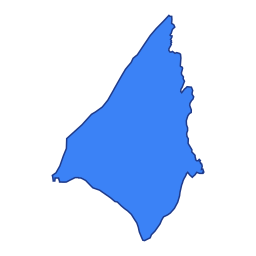 outline of Zorzor, Lofa, Liberia
{"feature_id": "62588387B39118473724395", "entity_name": "Zorzor", "entity_type": "district", "adm_level": 2, "iso_a3": "LBR", "parent_name": "Liberia", "parent_adm1": "Lofa", "projection": "equal_earth", "projection_center": [-9.601, 7.921], "detail": "fine", "context": "isolated", "style": "filled", "palette": "blue", "viewbox_px": 256, "rotation_deg": 0, "n_neighbors": 0, "source": "geoboundaries", "source_scale": "gbopen_adm2", "svg_char_len": 3149}
<svg xmlns="http://www.w3.org/2000/svg" viewBox="0 0 256 256"><path d="M142.8,240.2L144.6,240.6L147.5,239.1L150.2,237.8L151.4,234.7L152.7,233.4L154.9,231.2L158.4,226.2L160.0,223.9L160.8,222.0L161.6,220.1L163.0,217.7L163.5,217.0L163.6,216.8L167.6,214.9L170.3,213.0L170.5,212.8L171.8,211.3L173.2,209.8L174.1,208.7L174.4,208.4L177.7,202.2L178.8,198.5L179.6,195.7L179.7,194.6L180.0,192.2L180.9,188.3L181.0,187.8L181.7,184.8L181.9,184.2L182.1,183.9L182.5,182.7L183.0,180.9L183.6,179.5L184.3,178.1L185.0,177.0L185.9,175.3L186.2,174.5L186.2,174.2L186.3,174.2L187.0,173.1L187.7,172.3L189.6,174.8L192.3,177.3L193.4,176.2L195.0,174.8L196.8,172.3L197.9,172.8L199.7,173.4L202.9,173.4L203.4,172.9L203.7,172.3L202.9,172.2L203.5,171.1L202.8,169.1L201.5,169.5L202.2,166.3L201.7,164.0L200.6,163.5L200.7,162.7L199.5,161.3L200.3,160.5L199.2,159.4L198.3,160.5L197.0,160.9L195.6,159.7L195.6,158.4L195.1,157.1L195.1,155.7L194.6,154.7L194.4,154.6L193.1,153.2L191.8,151.9L191.9,149.7L188.1,143.4L188.3,138.8L186.9,136.3L187.0,136.2L186.7,134.6L186.7,133.4L186.7,133.1L186.8,132.9L186.8,132.7L187.6,130.7L187.6,127.8L186.6,125.2L186.5,124.8L186.3,120.7L187.8,115.9L188.5,114.8L189.5,113.5L191.2,112.5L191.3,109.9L189.7,105.5L189.9,103.5L191.5,100.6L192.9,99.2L193.2,98.3L193.7,96.8L192.4,94.8L192.1,94.4L192.1,92.9L192.7,90.5L191.4,87.2L187.1,86.7L185.7,88.1L184.5,89.0L181.7,92.7L181.3,92.2L181.1,92.0L180.9,91.8L180.7,91.6L180.9,89.7L180.9,89.3L182.2,87.2L184.5,81.2L183.2,78.9L183.2,78.7L183.4,76.9L181.6,74.5L181.4,72.8L182.2,69.9L182.6,68.1L182.1,67.1L180.8,66.6L180.3,66.0L180.6,62.1L180.6,61.9L180.9,58.1L180.6,55.0L180.5,54.3L179.6,53.5L176.7,52.6L175.0,53.3L172.4,51.4L171.7,51.9L170.1,52.1L168.8,50.4L169.0,48.6L170.6,45.8L170.7,45.7L171.3,44.3L170.7,43.7L171.6,42.2L170.9,41.7L171.4,40.6L170.5,39.4L171.3,38.3L172.0,36.8L172.0,35.9L170.9,35.9L170.1,35.2L170.5,34.1L171.2,33.3L171.8,31.2L172.4,29.4L174.8,27.1L173.7,24.7L171.6,23.4L171.9,19.5L171.7,16.4L169.9,16.3L168.9,15.4L163.2,21.5L156.5,28.3L156.3,28.5L152.9,32.5L150.3,35.5L148.0,38.9L147.7,39.4L144.9,43.5L137.3,54.9L135.6,56.2L133.7,57.8L133.1,58.3L131.1,62.5L129.1,64.9L127.9,66.3L125.3,69.5L124.9,70.3L122.8,73.8L120.7,77.4L117.4,83.2L114.0,89.2L113.9,89.5L107.8,100.2L103.4,105.7L102.6,106.6L102.2,107.1L95.7,111.8L95.4,112.0L91.5,114.3L87.7,118.5L81.9,124.9L66.7,138.6L66.4,148.5L63.3,156.1L59.9,165.9L56.0,172.8L52.3,175.4L53.0,178.4L52.9,178.6L53.2,180.3L53.2,181.0L54.8,181.0L55.0,179.6L55.1,178.0L55.9,178.0L56.3,178.0L58.6,178.1L59.0,179.9L59.3,180.0L59.5,181.4L59.6,181.6L59.6,182.0L62.7,182.1L65.2,182.1L66.1,182.0L66.5,182.0L67.5,181.4L67.8,181.3L69.2,180.5L72.7,178.8L74.3,178.0L74.5,177.9L75.1,177.6L75.7,177.6L78.4,177.6L78.5,177.7L78.6,177.9L81.0,178.0L82.1,178.6L82.4,178.7L85.7,180.5L91.9,186.9L92.6,187.5L92.8,187.8L98.9,189.9L99.7,190.2L102.5,192.2L110.3,197.6L112.7,199.6L112.9,199.8L114.9,201.5L115.5,201.6L117.4,202.0L119.5,204.1L119.9,204.4L120.3,204.9L121.0,205.6L124.5,208.6L127.6,210.8L131.4,214.4L133.0,217.0L134.9,220.0L136.3,222.1L136.9,223.1L138.3,227.2L138.8,229.6L139.4,232.1L141.7,237.7L142.6,239.7L142.8,240.2Z" fill="#3b82f6" stroke="#1e3a8a" stroke-width="1.5"/></svg>